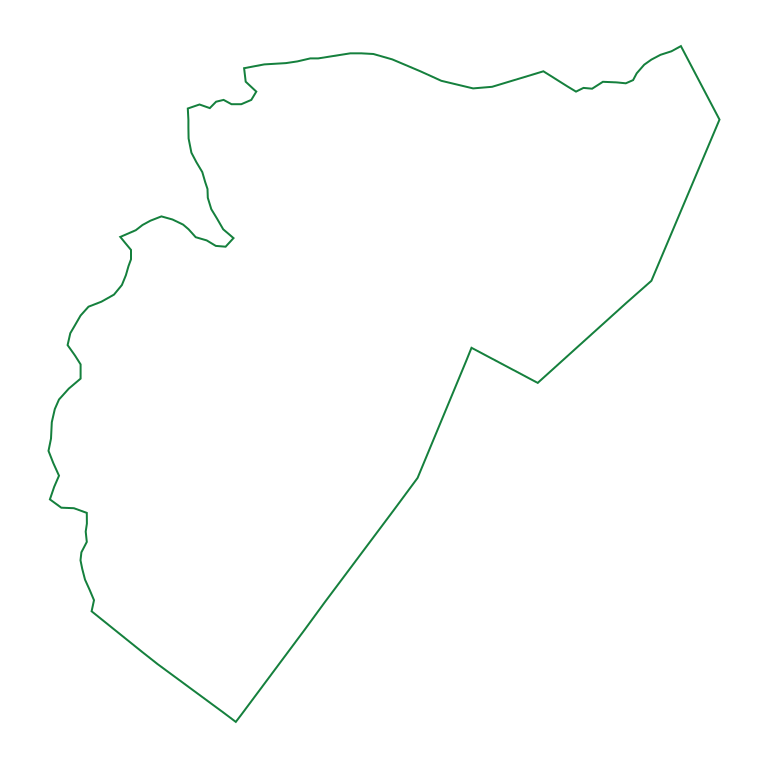 Caraúbas do Piauí, Piauí, Brazil (Albers equal-area conic projection)
{"feature_id": "56859067B66346161211565", "entity_name": "Caraúbas do Piauí", "entity_type": "district", "adm_level": 2, "iso_a3": "BRA", "parent_name": "Brazil", "parent_adm1": "Piauí", "projection": "albers", "projection_center": [-41.857, -3.587], "detail": "fine", "context": "isolated", "style": "outline", "palette": "green", "viewbox_px": 768, "rotation_deg": 0, "n_neighbors": 0, "source": "geoboundaries", "source_scale": "gbopen_adm2", "svg_char_len": 1490}
<svg xmlns="http://www.w3.org/2000/svg" viewBox="0 0 768 768"><path d="M543.4,71.3L492.1,86.8L473.1,88.4L441.3,80.8L420.4,71.3L392.3,59.4L373.4,54.0L360.8,53.3L350.5,53.3L318.2,58.4L310.3,58.4L297.4,61.4L286.0,63.1L264.3,64.4L244.1,68.2L245.7,81.7L256.3,91.6L251.3,99.9L241.3,104.2L231.5,104.2L223.6,99.9L216.1,101.7L209.8,108.1L199.5,104.5L187.8,108.5L188.4,119.9L188.4,127.4L188.6,138.5L191.4,152.7L196.4,162.2L202.3,172.1L205.2,182.1L207.5,189.0L207.8,197.8L211.3,209.2L216.9,218.4L223.2,229.3L233.5,238.1L225.6,246.7L215.8,245.9L206.7,240.4L195.7,237.2L188.6,229.3L183.1,224.6L172.5,219.5L161.4,216.4L150.4,220.7L142.5,225.0L135.8,230.2L120.3,236.9L125.0,242.7L131.0,249.9L131.0,259.3L128.5,266.1L125.9,275.2L121.9,285.0L114.0,294.6L101.4,301.7L88.5,306.7L80.6,315.5L74.3,326.4L70.3,333.2L67.6,345.1L75.1,355.7L80.6,364.4L80.6,378.6L68.8,388.6L59.0,399.5L54.8,409.1L51.8,422.2L51.0,438.6L48.5,450.9L53.3,463.1L59.0,475.7L54.2,486.8L49.9,499.4L61.3,507.7L73.9,508.2L86.8,512.9L86.9,523.6L85.7,531.6L86.8,541.9L81.4,552.3L80.5,560.3L82.2,568.7L85.0,579.6L89.7,590.0L94.0,600.2L91.6,611.3L142.1,651.9L157.7,664.2L225.2,713.9L235.8,721.9L241.3,714.7L304.9,629.4L324.2,603.0L394.3,509.4L417.6,477.9L466.0,361.4L471.5,347.8L537.7,382.9L626.0,303.2L651.4,280.8L719.5,119.6L680.9,46.1L671.4,51.3L660.5,54.8L651.4,59.6L644.2,64.7L636.7,73.3L633.1,80.1L625.8,83.3L616.7,82.4L602.9,81.8L592.1,88.7L583.5,87.9L576.0,91.6L567.4,86.4L543.4,71.3Z" fill="none" stroke="#15803d" stroke-width="2"/></svg>